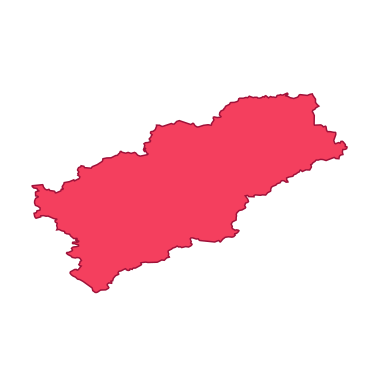 SVG path tracing the border of Tver', rotated 173°
{"feature_id": "RUS-2358", "entity_name": "Tver'", "entity_type": "Region", "adm_level": 1, "iso_a3": "RUS", "parent_name": "Russia", "parent_adm1": "", "projection": "natural_earth1", "projection_center": [34.924, 57.251], "detail": "fine", "context": "isolated", "style": "filled", "palette": "rose", "viewbox_px": 384, "rotation_deg": 173, "n_neighbors": 0, "source": "natural_earth", "source_scale": "10m", "svg_char_len": 6057}
<svg xmlns="http://www.w3.org/2000/svg" viewBox="0 0 384 384"><g transform="rotate(173 192 192)"><path d="M321.7,124.4L322.7,125.9L322.9,126.5L322.4,127.6L317.9,129.4L316.3,129.3L315.5,128.4L314.3,128.8L311.0,132.0L312.6,132.8L313.2,133.8L312.1,135.0L311.5,136.6L310.1,137.4L311.1,139.5L311.9,140.4L314.2,141.0L315.8,140.7L318.9,141.7L320.0,143.2L322.9,145.1L324.0,146.4L323.9,146.8L323.5,147.2L321.9,147.1L318.4,148.2L317.7,148.9L318.5,150.7L317.4,151.6L316.1,151.9L313.7,151.8L311.2,152.1L311.0,153.0L311.4,153.6L313.3,154.2L314.8,155.0L316.6,155.3L316.9,155.8L316.6,156.6L314.9,156.7L312.0,156.1L310.6,156.5L310.4,157.0L311.4,157.7L312.8,157.7L313.3,158.4L313.0,158.9L311.7,159.3L312.0,160.0L315.1,160.2L317.9,163.3L318.6,165.0L321.7,165.9L323.3,167.0L323.2,167.9L323.6,168.5L326.1,169.4L328.5,171.0L330.9,170.9L330.0,172.5L330.4,175.2L329.6,177.4L331.3,178.8L331.5,179.8L331.3,180.4L329.6,181.1L329.6,181.6L332.5,182.5L337.7,185.6L340.0,185.8L342.0,186.6L344.7,186.8L345.0,186.8L345.1,185.8L345.4,185.7L349.8,185.0L350.4,185.3L351.1,186.8L351.4,190.1L349.0,190.5L348.1,192.3L345.3,192.5L345.0,192.8L344.7,194.7L346.6,196.5L349.0,197.8L349.6,200.3L349.3,202.3L348.0,204.7L345.2,205.9L345.3,206.3L345.7,206.6L347.7,207.2L347.4,210.8L346.9,211.2L343.9,211.8L344.1,212.3L345.1,212.9L345.4,214.4L348.6,215.3L349.9,216.9L349.8,217.7L339.5,217.5L339.1,217.1L338.9,215.4L337.8,213.2L336.3,211.9L335.5,211.7L333.7,212.1L332.9,210.8L328.8,209.7L328.2,209.3L327.7,207.8L326.5,207.8L322.1,209.1L321.5,210.5L319.9,210.3L319.5,211.1L320.3,211.8L319.9,212.7L320.1,213.3L318.3,215.4L317.7,216.9L312.4,217.2L307.8,218.5L307.4,217.4L307.0,217.4L303.4,218.8L303.0,218.6L301.8,219.8L301.5,221.0L303.3,222.6L302.6,223.3L303.1,224.2L302.0,225.4L302.0,226.2L302.9,227.3L302.8,228.3L301.6,230.0L299.3,230.7L298.9,231.6L296.2,230.7L295.7,229.3L289.2,227.9L287.9,229.3L282.8,230.7L277.6,233.2L277.0,233.8L276.3,235.9L272.5,236.2L268.2,235.8L263.3,237.5L261.5,237.5L260.2,238.8L259.2,239.3L258.3,240.9L257.5,241.0L256.6,240.0L253.1,238.6L250.6,239.1L247.8,237.7L244.2,238.3L243.0,237.5L241.5,235.2L239.1,233.9L231.8,234.5L231.3,234.7L231.1,235.3L232.2,236.3L233.0,238.4L234.2,238.0L235.0,239.8L234.7,240.6L233.5,239.9L232.8,240.7L232.9,241.1L233.8,241.4L234.0,242.0L233.2,244.0L233.8,245.8L232.2,246.6L229.6,246.5L227.2,247.1L226.9,248.1L227.9,249.0L227.9,250.1L226.2,251.4L225.6,252.6L224.6,253.7L226.0,255.3L225.8,256.5L225.2,256.9L223.1,257.0L220.9,258.4L219.2,261.5L219.1,262.7L216.0,262.2L213.9,260.8L213.0,260.7L204.1,262.5L202.7,261.7L201.4,261.6L198.6,263.9L195.9,264.4L184.9,259.1L182.8,260.1L182.1,259.8L180.9,257.4L179.0,255.9L177.6,255.8L172.4,256.8L167.8,256.8L164.9,255.9L164.4,256.3L164.3,257.5L161.7,260.4L161.5,261.2L162.0,262.6L161.6,263.7L160.7,263.8L157.7,262.8L154.4,262.8L154.0,263.4L155.2,264.9L155.3,265.5L154.8,267.3L153.5,268.8L150.5,269.9L150.1,270.9L149.2,271.4L148.2,273.0L144.0,274.5L143.4,275.6L142.7,276.1L138.9,275.8L135.8,276.4L134.9,277.1L134.3,278.8L133.2,279.3L129.7,278.8L127.0,279.3L125.2,278.8L123.5,280.1L119.7,278.2L118.3,278.4L115.9,278.1L115.3,277.3L113.7,276.9L111.5,277.2L110.0,278.0L108.5,277.5L108.0,278.3L107.0,278.6L104.6,276.1L102.4,277.2L100.9,276.4L99.3,276.3L97.8,275.7L96.6,276.0L95.9,277.3L95.5,277.5L93.2,277.5L92.4,277.9L91.0,277.2L89.9,277.2L85.7,278.5L85.2,278.4L84.9,277.8L85.1,277.0L87.0,276.5L87.3,276.1L84.9,275.0L83.2,273.7L79.6,272.4L75.8,273.2L75.1,273.6L73.9,275.1L72.9,275.5L65.7,273.8L62.9,274.6L60.6,274.7L60.3,273.3L58.1,269.1L58.5,265.9L57.1,263.5L55.6,261.8L58.9,260.4L59.8,259.3L62.2,258.3L62.8,257.0L62.1,255.7L61.3,253.0L62.5,244.6L62.3,243.4L55.9,242.9L54.5,241.8L53.8,240.7L51.4,241.0L51.0,240.3L50.9,236.8L50.1,235.4L47.6,235.1L44.2,234.0L42.4,233.7L42.1,233.2L42.3,231.4L45.1,225.8L44.3,222.8L43.5,222.4L40.6,223.2L39.2,222.4L37.9,224.1L36.6,224.0L35.9,223.4L34.0,220.4L34.3,218.4L33.0,218.2L32.6,217.7L33.3,216.1L35.0,215.6L37.1,215.8L37.9,213.4L37.6,210.8L39.7,210.6L40.9,210.0L41.6,208.9L42.1,207.1L45.2,207.7L46.7,209.0L55.1,206.9L57.9,208.2L59.7,208.6L60.9,208.7L62.9,208.3L64.9,208.6L66.2,207.4L68.4,206.3L69.6,205.0L70.8,204.7L70.4,203.0L70.5,202.1L72.5,199.5L76.2,200.1L80.0,198.9L81.5,200.5L81.9,200.6L83.2,198.8L84.5,198.5L86.7,197.2L88.7,196.8L90.0,195.3L93.8,195.1L96.4,194.4L96.5,192.1L95.6,191.0L95.6,190.2L97.4,190.3L99.4,192.0L101.4,192.3L102.1,192.1L103.5,190.4L106.4,189.9L107.9,188.6L110.9,187.9L112.5,187.1L113.5,185.3L113.7,183.6L114.0,183.2L117.1,182.0L119.2,180.0L122.3,180.6L124.5,180.4L129.4,181.4L130.9,180.9L131.0,179.7L136.3,180.5L137.1,181.7L137.6,181.9L139.6,181.7L137.5,178.0L137.1,175.7L137.8,175.0L140.2,174.4L141.4,172.1L140.6,170.3L141.0,169.6L144.5,168.1L147.4,167.9L149.9,166.0L150.8,164.5L150.7,162.9L151.2,161.6L151.6,158.8L155.5,157.4L157.0,155.4L156.2,152.9L156.7,152.2L156.3,150.7L154.0,148.9L152.2,149.0L150.4,148.3L150.1,147.8L151.0,146.8L152.8,145.5L154.7,145.3L154.9,144.9L154.4,143.9L156.0,142.6L157.8,142.3L161.3,143.1L164.5,143.0L167.1,141.5L169.8,139.0L170.6,139.3L171.0,140.3L171.7,140.6L175.5,139.6L190.1,142.9L190.7,143.3L191.6,144.8L193.5,144.8L196.9,146.4L198.5,146.6L199.5,145.7L198.8,142.7L199.6,141.6L198.3,140.2L198.6,139.6L199.7,138.7L202.1,137.8L204.9,138.6L209.0,138.1L210.3,139.1L211.8,139.0L213.4,140.1L215.3,139.2L217.8,138.7L219.3,137.8L222.3,136.7L222.9,136.2L223.0,135.2L222.6,133.4L223.3,131.5L222.5,130.6L222.4,130.1L225.2,129.7L227.8,127.6L230.4,128.2L234.7,126.6L235.8,126.6L244.3,127.4L246.6,128.1L250.8,128.0L251.5,127.8L251.0,126.2L251.7,125.6L257.4,123.4L259.5,123.6L260.3,123.2L260.7,122.5L262.8,123.2L263.3,122.8L263.5,122.0L265.0,121.9L266.7,122.8L267.1,123.8L267.5,124.0L272.2,122.3L274.0,122.2L274.7,121.6L275.3,120.7L275.1,119.9L274.7,119.5L274.9,119.2L278.1,118.2L280.5,116.0L281.6,113.5L283.3,113.3L282.7,111.6L282.9,111.2L285.7,111.9L287.4,110.7L287.5,109.9L286.2,107.3L286.7,106.6L289.5,105.4L294.7,105.8L297.8,104.2L299.0,103.9L300.3,104.1L302.5,106.2L302.8,108.8L303.1,109.2L311.1,116.6L314.0,118.7L316.2,119.5L318.0,121.7L320.2,123.0L321.7,124.4Z" fill="#f43f5e" stroke="#9f1239" stroke-width="1.5"/></g></svg>